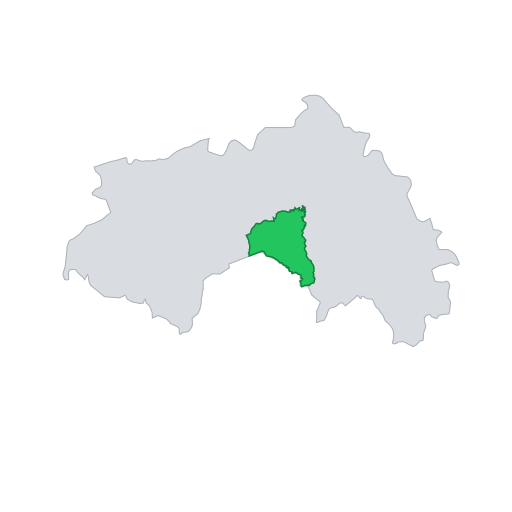 Faranah, Faranah, Guinea shown in context, rotated 339°
{"feature_id": "49546643B80456504828542", "entity_name": "Faranah", "entity_type": "district", "adm_level": 2, "iso_a3": "GIN", "parent_name": "Guinea", "parent_adm1": "Faranah", "projection": "orthographic", "projection_center": [-10.65, 9.821], "detail": "fine", "context": "in_parent", "style": "filled", "palette": "green", "viewbox_px": 512, "rotation_deg": 339, "n_neighbors": 0, "source": "geoboundaries", "source_scale": "gbopen_adm2", "svg_char_len": 8924}
<svg xmlns="http://www.w3.org/2000/svg" viewBox="0 0 512 512"><g transform="rotate(339 256 256)"><path d="M310.4,331.8L306.5,331.2L304.7,332.0L299.5,338.1L296.4,340.5L291.5,339.8L289.8,340.2L288.5,339.5L290.3,336.1L292.8,329.4L299.2,322.7L299.3,321.3L296.7,317.4L293.9,312.0L293.9,306.3L293.4,302.1L287.8,301.0L286.7,300.3L286.6,298.9L289.8,291.7L290.0,290.3L289.6,289.0L286.2,285.3L280.8,278.5L271.5,264.6L268.0,261.7L264.7,257.4L263.4,254.7L260.0,253.7L227.6,253.8L227.0,257.5L215.8,259.9L209.0,257.0L201.3,258.6L197.6,260.4L194.7,268.5L193.0,270.3L191.4,273.9L189.8,275.9L188.2,279.9L184.5,285.6L180.6,289.2L174.1,291.2L172.1,297.2L170.5,299.4L168.0,301.2L165.3,302.3L160.0,301.1L157.1,302.1L156.6,300.6L158.3,295.9L157.0,293.4L151.9,288.4L151.4,286.0L149.9,282.9L143.2,276.5L137.0,276.8L138.8,271.5L138.7,264.5L136.7,260.6L137.2,256.6L136.1,256.9L134.0,259.6L130.6,258.7L123.8,254.4L120.4,250.3L120.1,246.8L119.3,245.4L117.2,246.1L113.0,246.0L100.0,239.7L91.0,224.0L90.8,220.5L92.2,214.5L91.9,212.9L87.6,216.8L86.9,214.1L83.7,207.8L82.8,204.2L79.7,202.6L77.2,202.3L75.3,203.5L72.7,210.7L70.8,210.7L68.8,209.1L69.3,203.6L74.4,196.9L83.0,179.8L86.0,175.9L87.9,174.5L91.9,174.4L99.6,172.2L109.1,167.0L116.3,167.5L124.8,166.9L136.0,163.3L136.2,151.8L135.9,149.2L132.0,146.9L129.7,144.8L127.8,142.3L125.4,140.4L125.5,138.5L130.4,136.1L134.9,136.2L136.5,135.2L137.6,133.6L138.9,129.4L139.4,125.1L136.5,119.1L136.7,115.0L153.0,115.7L161.9,116.9L169.2,117.3L170.4,118.3L169.3,122.3L170.2,124.7L172.7,125.4L176.8,122.6L179.0,123.2L183.5,126.8L187.7,127.8L192.4,129.7L196.7,130.8L200.6,130.7L203.5,132.7L209.0,133.3L216.0,130.8L221.5,129.7L229.3,129.5L233.3,130.3L245.1,128.4L254.4,129.5L253.0,130.9L248.7,140.1L249.2,141.8L258.6,149.6L260.9,150.2L263.4,149.1L267.5,145.5L270.7,141.6L273.8,139.7L277.4,139.8L280.3,142.6L287.0,154.2L288.7,155.6L290.3,155.6L293.2,153.4L294.7,150.9L301.0,143.3L310.6,139.4L333.5,148.2L336.9,148.8L338.9,148.2L341.7,143.0L350.3,138.5L354.5,137.3L356.8,137.1L357.7,135.7L358.1,133.6L357.7,131.4L355.0,127.5L354.9,126.3L356.4,125.6L359.7,125.0L363.9,125.4L368.7,127.0L372.7,129.5L374.9,132.4L379.3,144.6L384.1,154.2L384.0,167.0L386.2,168.3L388.5,168.8L389.7,169.8L392.0,175.1L394.3,176.7L396.9,177.0L401.9,180.4L405.1,181.7L405.6,182.7L405.5,184.1L404.2,185.9L399.5,189.5L397.1,192.5L392.3,199.8L392.1,201.2L393.2,202.2L395.2,202.4L397.4,201.8L401.8,199.1L405.4,200.1L408.8,202.1L410.1,204.2L410.4,206.9L409.7,210.5L409.6,214.5L410.8,221.3L412.6,228.1L414.4,230.6L425.8,236.5L426.9,238.7L427.5,241.2L426.7,244.7L425.6,246.6L419.4,252.0L418.4,254.5L418.9,259.2L419.5,279.1L422.0,282.5L425.0,284.2L431.8,283.2L431.7,288.7L430.8,294.9L434.8,296.8L436.8,298.6L438.0,300.4L431.7,303.7L429.9,305.7L429.0,310.9L429.3,315.6L437.8,319.0L441.1,323.0L442.6,327.1L443.2,335.0L442.4,336.8L440.2,336.8L435.9,332.1L429.3,331.6L424.4,330.7L416.2,331.4L414.8,332.8L413.9,343.3L415.9,345.0L419.8,346.9L422.4,347.8L424.5,347.5L426.1,348.8L426.5,352.2L425.4,354.7L423.3,357.1L420.6,363.1L421.2,368.6L416.7,377.5L415.3,379.2L409.2,377.5L405.2,376.9L402.3,379.2L398.3,375.8L397.6,373.1L396.1,372.6L393.4,372.6L391.0,374.1L389.9,376.9L389.4,382.5L384.9,387.9L381.8,394.6L378.1,394.0L377.3,394.8L373.5,396.5L370.1,397.0L369.2,395.3L367.3,393.8L365.1,391.0L362.6,388.7L357.9,387.2L356.1,387.9L353.8,387.7L352.4,386.8L352.6,385.4L355.0,381.9L356.4,378.7L357.2,375.3L357.2,371.9L355.8,367.3L353.7,363.5L353.2,361.4L353.4,358.3L352.9,355.5L352.2,354.0L351.2,348.6L350.0,347.6L349.3,343.3L349.5,338.8L347.6,337.2L344.8,336.0L343.1,334.2L342.0,332.3L341.0,331.7L340.1,331.8L339.3,333.0L338.4,333.3L336.7,329.2L336.0,329.0L334.8,330.0L321.6,334.6L319.9,330.7L317.3,330.0L313.0,331.6L310.4,331.8Z" fill="#d9dde1" stroke="#a8b0b8" stroke-width="1"/><path d="M254.3,233.2L254.4,234.2L254.4,234.7L254.5,235.5L254.7,236.3L254.7,237.8L254.8,238.8L254.6,240.2L254.0,241.2L254.2,242.7L253.8,244.2L253.5,245.0L253.1,246.2L252.0,247.8L251.7,249.2L250.0,250.7L250.1,252.2L250.1,252.5L249.9,252.8L249.8,253.1L249.7,253.4L249.6,253.6L251.2,253.6L257.7,253.6L257.9,253.6L259.7,253.6L260.1,253.6L261.1,253.6L263.4,253.5L264.0,254.0L265.0,254.8L265.2,255.3L265.3,255.8L265.4,256.4L265.5,258.1L265.7,259.2L265.9,259.6L266.0,259.8L266.6,260.3L268.9,261.4L269.0,261.5L270.3,262.5L271.4,263.5L271.9,264.0L272.6,265.0L273.2,266.0L273.7,266.4L273.9,266.7L274.7,267.8L274.9,268.2L275.0,268.3L275.2,268.8L275.3,269.1L275.5,270.4L275.6,270.6L275.8,270.9L276.2,271.2L276.6,271.3L277.3,271.3L277.6,271.4L277.8,271.6L277.9,271.9L277.9,272.1L278.2,272.5L278.3,273.5L278.4,274.0L278.5,274.3L278.8,274.5L279.0,274.5L280.1,275.6L281.0,276.4L281.0,276.6L280.5,277.2L280.3,277.5L281.0,278.0L282.5,278.3L282.6,278.5L282.5,279.0L281.8,279.3L281.6,279.6L281.6,279.9L282.0,280.6L282.0,280.9L281.6,281.4L281.6,281.7L281.8,282.3L282.2,282.6L282.7,282.7L283.2,283.2L283.7,283.5L283.9,283.8L283.8,284.2L283.4,284.5L283.2,285.0L283.3,285.2L283.6,285.5L283.8,285.5L284.1,285.0L284.6,285.1L284.9,285.3L285.1,285.4L285.6,285.5L286.1,285.3L286.7,285.3L287.1,285.8L287.6,285.6L287.9,286.0L288.6,287.2L288.6,287.8L288.8,288.2L289.7,288.5L290.7,289.2L291.0,289.7L291.1,290.2L290.8,291.0L290.6,291.5L290.4,292.3L290.4,292.8L290.5,292.8L290.4,292.8L291.0,293.5L290.9,293.5L291.0,293.9L291.0,294.4L290.8,294.6L290.2,295.0L289.8,295.0L289.4,295.2L288.8,295.3L288.7,295.3L288.6,295.1L288.2,295.0L287.9,295.7L288.0,295.9L288.4,296.8L288.4,297.8L287.8,298.4L287.8,299.2L287.6,300.5L287.4,300.8L287.6,301.1L288.7,301.3L289.3,301.2L290.4,301.0L290.6,301.0L291.2,301.0L292.5,301.6L293.1,301.7L293.3,301.7L293.6,301.8L293.9,302.0L294.2,302.2L294.7,302.0L295.1,302.3L295.4,302.5L295.5,302.6L295.7,302.3L296.1,301.9L296.6,301.8L297.1,301.7L297.9,301.6L299.3,301.6L299.9,301.8L300.5,301.6L301.0,301.0L301.4,300.3L301.7,299.5L302.0,299.4L302.4,299.1L302.6,298.8L302.5,298.3L303.0,297.1L302.2,296.8L302.1,296.2L302.3,296.0L302.3,295.9L302.2,295.6L302.7,294.9L303.1,294.6L303.3,294.2L303.5,293.4L303.4,292.4L303.3,291.9L303.8,291.6L304.4,291.2L304.7,291.0L304.9,290.3L304.9,289.8L305.1,289.6L305.6,288.9L305.7,288.2L305.9,287.1L306.2,286.1L306.1,285.2L306.0,284.6L305.8,283.9L305.7,283.0L305.3,282.0L305.5,281.3L305.7,280.9L305.7,280.3L305.3,279.6L304.7,279.2L304.1,278.6L304.0,278.0L303.8,277.4L303.6,276.7L303.4,276.2L303.3,275.1L303.0,274.5L303.1,273.6L303.8,272.9L304.1,272.2L304.2,271.4L304.2,270.5L304.2,269.8L304.2,269.3L303.9,269.1L303.8,268.0L303.7,267.3L304.1,266.1L304.7,265.9L305.0,265.2L306.1,264.8L306.0,263.6L305.7,263.0L305.8,261.9L305.8,261.2L306.0,260.6L306.4,260.6L306.9,260.6L307.4,260.1L307.4,259.7L307.7,259.5L308.1,259.0L307.7,258.1L307.6,257.3L307.3,256.3L307.1,255.5L306.8,254.8L306.4,254.3L306.4,254.0L306.3,253.5L306.8,252.8L306.9,252.5L308.1,251.4L308.4,250.6L308.0,249.5L308.2,249.0L308.2,248.9L308.3,248.4L309.2,248.7L309.9,248.2L310.2,247.9L310.5,247.2L311.2,247.1L311.8,246.4L311.5,246.0L311.7,245.6L312.4,245.5L313.1,245.4L312.6,244.5L313.5,244.3L314.0,243.6L314.4,242.9L313.7,241.9L313.1,241.1L312.7,240.4L313.2,238.8L313.2,238.5L312.7,238.7L313.2,237.9L313.2,237.1L312.9,237.0L312.4,236.7L312.5,236.1L313.4,236.2L314.7,236.8L315.6,236.7L316.2,236.0L316.1,235.4L316.7,235.3L316.9,234.7L316.5,234.2L317.0,233.4L316.9,232.6L317.3,232.9L317.8,232.8L318.3,232.2L318.1,231.7L317.3,231.8L317.1,231.1L316.9,230.8L316.8,230.3L317.0,229.7L317.3,229.7L317.6,229.7L317.9,229.9L318.4,230.2L318.7,230.0L318.7,229.5L318.6,228.8L318.8,228.6L319.1,228.1L318.3,228.0L317.6,227.9L317.9,227.4L318.0,227.1L317.8,226.7L317.7,226.4L317.6,225.9L317.3,225.9L317.3,226.3L317.1,227.0L316.9,228.0L316.2,228.7L315.8,228.4L315.5,228.4L315.5,229.2L315.2,229.4L314.8,229.8L315.2,230.5L314.8,230.6L314.4,229.7L313.8,228.6L313.2,228.3L312.6,228.6L312.9,227.7L312.8,227.2L313.5,227.0L313.9,226.5L313.4,226.4L312.6,226.8L311.8,226.8L310.6,226.7L309.8,226.4L309.9,226.0L309.8,225.2L309.7,224.9L309.3,225.4L308.9,225.8L308.3,226.1L307.8,226.3L307.7,226.7L307.6,227.3L307.1,227.2L306.7,227.2L306.8,226.8L306.8,226.2L306.2,225.9L305.5,225.7L305.1,226.3L304.8,225.8L304.3,225.4L304.2,225.6L304.0,226.3L303.6,227.2L303.4,227.2L303.2,227.1L302.8,227.0L302.4,226.7L302.1,226.5L301.8,226.4L301.4,226.3L301.0,226.2L300.9,225.9L299.1,224.5L296.9,223.4L295.7,223.4L293.8,223.3L292.3,223.1L292.1,223.5L290.1,224.1L289.5,225.5L288.6,227.0L288.2,227.3L287.7,227.8L287.1,227.9L286.5,227.8L286.5,227.7L286.0,226.7L285.6,228.7L285.3,230.1L283.6,229.0L282.2,228.7L280.9,228.4L279.7,227.8L278.3,226.4L278.0,226.2L276.3,225.9L274.8,226.3L272.3,227.3L271.5,227.2L270.4,227.3L269.9,226.7L269.2,226.2L267.8,225.8L267.6,225.9L266.9,226.3L266.4,226.7L266.2,226.9L266.1,227.0L265.9,227.1L265.7,227.2L265.3,227.5L265.0,227.8L264.9,227.8L264.3,228.0L263.2,228.5L262.3,228.8L261.6,229.5L260.9,230.2L260.3,231.0L259.8,231.6L259.4,232.1L259.2,232.5L258.9,232.9L258.9,233.0L258.4,233.1L258.0,233.2L257.6,233.2L256.8,233.1L256.2,233.2L255.7,233.2L255.0,233.2L254.3,233.2Z" fill="#22c55e" stroke="#15803d" stroke-width="1.5"/></g></svg>